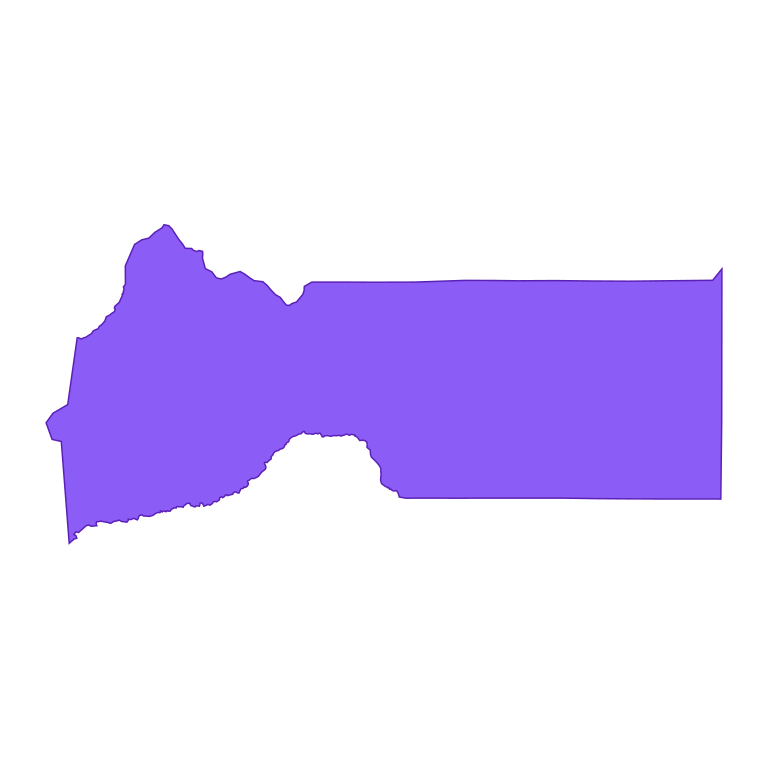 outline of Sierra, California, United States of America
{"feature_id": "52423323B42525268241117", "entity_name": "Sierra", "entity_type": "district", "adm_level": 2, "iso_a3": "USA", "parent_name": "United States of America", "parent_adm1": "California", "projection": "mercator", "projection_center": [-120.733, 39.584], "detail": "fine", "context": "isolated", "style": "filled", "palette": "violet", "viewbox_px": 768, "rotation_deg": 0, "n_neighbors": 0, "source": "geoboundaries", "source_scale": "gbopen_adm2", "svg_char_len": 4416}
<svg xmlns="http://www.w3.org/2000/svg" viewBox="0 0 768 768"><path d="M77.2,337.8L67.7,404.6L53.0,413.2L46.1,422.8L52.1,439.4L61.3,441.5L69.2,543.3L70.4,542.2L74.2,539.0L76.8,538.2L75.9,535.5L73.8,534.5L75.8,531.9L78.5,532.5L84.5,527.2L86.5,525.5L89.1,525.1L90.8,526.2L93.8,526.1L95.5,525.7L96.8,525.7L96.4,524.5L96.1,523.4L96.5,521.8L98.1,521.7L100.8,521.1L103.1,521.6L107.7,522.5L110.6,523.3L112.3,522.4L114.4,521.2L116.8,521.0L119.0,520.1L121.7,521.5L124.6,521.8L126.8,522.2L128.2,520.6L128.2,519.2L129.7,519.5L131.3,519.5L133.6,518.3L136.3,519.5L137.4,519.8L138.4,518.1L138.7,516.6L139.6,515.4L141.8,514.9L143.6,516.0L146.2,516.1L149.5,516.4L153.1,515.3L154.7,514.0L156.8,512.8L158.2,512.4L159.8,512.7L160.9,511.7L160.8,511.2L160.7,511.0L161.8,511.4L162.2,511.9L162.9,511.2L164.1,511.0L165.1,511.6L166.6,511.5L166.6,510.8L167.8,510.8L168.6,511.2L170.2,511.1L171.1,509.7L173.4,508.1L175.3,507.9L176.2,507.9L176.2,507.2L177.2,506.5L178.4,506.8L180.8,506.7L182.2,506.9L183.1,507.3L183.8,505.9L187.1,503.4L188.8,503.3L190.1,503.5L190.2,504.7L191.0,505.7L192.7,506.0L193.8,506.8L195.4,506.8L196.3,505.8L198.4,506.0L199.4,506.2L199.8,505.1L199.9,504.0L200.2,503.1L202.2,503.0L203.4,505.1L203.8,506.2L206.0,505.4L207.9,504.4L210.0,505.2L212.1,503.7L213.5,501.7L215.1,501.5L216.6,501.8L219.3,500.0L219.7,497.8L221.4,496.7L222.7,497.7L224.7,496.3L225.6,494.9L227.2,495.0L227.3,495.5L228.3,495.5L229.6,495.0L232.6,494.3L233.6,492.6L235.6,491.8L237.7,493.0L239.0,493.0L239.6,491.5L240.1,490.5L241.0,488.7L242.2,488.6L243.5,488.1L243.6,487.1L244.3,487.2L245.4,487.4L247.1,486.3L248.3,484.4L248.1,482.6L247.4,481.8L247.9,480.6L249.0,480.4L250.5,479.1L251.8,478.3L253.7,478.6L255.3,477.9L256.4,477.5L258.7,476.1L260.2,473.9L261.9,471.9L263.9,470.4L265.4,469.1L266.0,467.1L265.5,465.6L264.7,464.0L264.4,463.2L264.7,462.4L265.4,462.4L267.1,462.5L268.2,461.3L269.6,460.1L271.1,459.0L271.2,456.6L272.7,455.2L273.6,453.1L275.3,451.4L277.1,450.8L278.5,450.5L279.9,449.2L281.3,448.9L282.8,448.4L284.1,447.0L285.0,444.8L286.0,444.5L286.4,443.0L288.7,441.7L289.2,439.4L290.5,438.1L291.9,437.1L293.5,436.3L295.2,436.0L297.3,435.0L298.7,434.1L301.4,433.6L302.1,432.3L303.4,431.8L303.9,431.3L304.8,431.9L304.9,432.8L306.1,433.7L308.1,433.9L310.4,433.7L311.8,434.2L313.4,434.2L315.7,433.2L318.0,433.9L318.8,433.4L320.1,433.2L320.7,434.0L321.7,435.9L322.3,436.9L323.8,436.8L324.4,435.9L327.5,435.6L330.6,436.3L333.6,435.6L336.8,435.7L339.2,435.3L340.4,435.9L341.5,436.1L342.2,435.4L343.7,435.2L345.1,434.7L346.6,434.1L348.0,434.5L348.9,435.2L350.0,435.0L350.9,434.5L352.3,434.5L354.1,434.8L354.8,435.0L355.0,435.4L354.7,435.3L354.5,435.6L354.6,435.8L356.5,436.7L357.9,438.0L359.7,440.5L363.2,440.2L365.0,440.7L366.5,441.8L367.2,443.7L367.0,447.4L370.3,450.2L370.4,453.8L371.4,457.2L374.6,460.2L377.5,463.3L379.8,466.3L380.9,468.9L380.8,471.9L381.1,474.1L380.8,477.3L380.6,480.2L381.1,482.2L381.6,483.6L383.0,484.7L383.7,485.2L384.9,486.2L386.3,486.8L387.5,487.7L388.2,487.4L389.1,488.0L389.0,488.6L389.7,489.2L390.4,489.0L390.9,489.0L391.4,489.9L393.0,490.8L394.5,490.9L396.3,490.6L397.5,492.0L398.2,493.3L398.9,495.6L399.2,497.0L405.9,498.2L415.7,498.1L436.6,498.1L458.1,498.2L478.0,498.1L523.1,498.1L562.2,498.1L594.9,498.6L622.2,498.8L645.2,498.9L661.4,499.0L677.6,499.0L700.3,499.0L716.8,499.0L720.8,499.1L721.7,421.3L721.9,268.9L712.7,280.3L628.7,281.2L592.2,281.0L554.8,280.6L517.6,280.8L493.9,280.5L464.4,280.4L414.7,282.1L383.4,282.2L370.3,282.2L347.5,282.1L322.4,282.1L311.8,282.1L304.3,286.4L304.1,290.5L302.8,294.4L296.5,302.0L291.8,303.6L289.5,305.4L286.5,305.2L284.0,302.4L280.4,297.5L275.4,294.6L271.1,290.1L267.1,285.4L262.8,281.7L254.2,280.7L249.7,277.8L244.7,274.1L240.1,271.5L229.9,274.3L226.1,277.0L221.2,279.0L216.3,277.8L211.8,271.8L205.3,268.6L202.5,258.2L202.8,253.5L202.5,251.3L198.9,250.5L196.9,251.5L193.5,250.4L191.6,248.5L185.2,248.3L182.9,244.6L178.5,239.0L172.0,229.0L168.8,225.7L164.0,224.7L162.2,227.7L154.8,232.4L148.8,238.1L141.8,239.8L134.6,244.4L125.3,265.9L125.4,284.4L123.4,286.9L124.1,289.1L123.3,291.4L123.7,292.4L123.0,293.6L122.6,293.4L122.1,294.3L122.4,295.2L121.7,297.0L120.6,299.2L119.5,302.0L116.5,304.9L114.8,306.3L114.4,308.3L115.3,309.3L114.2,311.8L111.5,313.5L109.8,315.0L106.3,316.8L104.8,321.1L102.1,324.2L99.4,326.3L98.0,328.8L95.7,329.7L93.3,330.8L91.4,333.7L88.6,335.4L85.9,337.2L83.6,337.9L81.2,338.9L78.3,337.7L77.2,337.8Z" fill="#8b5cf6" stroke="#5b21b6" stroke-width="1.5"/></svg>